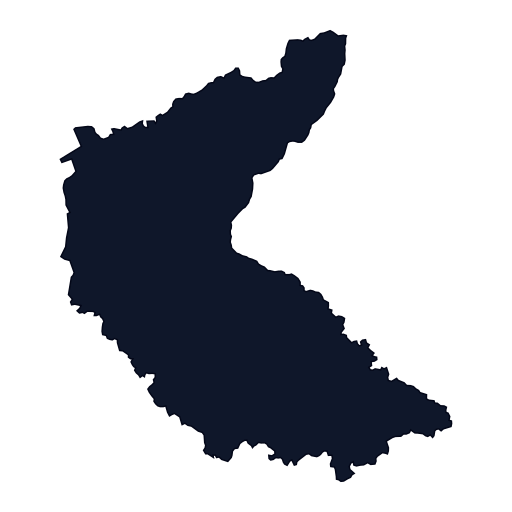 Laguna Carapã, Mato Grosso do Sul, Brazil (Mercator projection)
{"feature_id": "56859067B87570138131055", "entity_name": "Laguna Carapã", "entity_type": "district", "adm_level": 2, "iso_a3": "BRA", "parent_name": "Brazil", "parent_adm1": "Mato Grosso do Sul", "projection": "mercator", "projection_center": [-55.09, -22.652], "detail": "fine", "context": "isolated", "style": "filled", "palette": "ink", "viewbox_px": 512, "rotation_deg": 0, "n_neighbors": 0, "source": "geoboundaries", "source_scale": "gbopen_adm2", "svg_char_len": 6000}
<svg xmlns="http://www.w3.org/2000/svg" viewBox="0 0 512 512"><path d="M451.6,423.6L451.4,421.0L449.0,420.3L449.7,416.5L448.0,413.1L446.0,412.5L445.7,410.2L446.4,407.2L444.2,406.0L440.4,405.8L437.4,403.3L434.7,403.1L434.0,400.8L428.7,400.2L426.4,398.8L426.5,394.7L419.9,392.6L418.6,390.5L415.8,388.9L413.4,386.6L410.6,385.7L406.6,385.5L404.1,382.8L398.2,380.4L396.6,378.4L391.6,381.4L388.3,380.5L387.6,377.4L388.6,374.2L386.5,367.7L384.0,368.9L381.8,367.6L380.7,369.9L375.1,368.9L372.8,370.2L370.3,369.9L368.8,367.3L371.5,365.6L371.1,361.6L374.3,361.1L376.8,359.6L376.6,357.2L374.6,356.8L372.0,355.6L373.9,353.1L370.5,350.5L367.7,347.8L369.3,344.8L366.4,342.9L365.5,339.7L362.5,340.2L360.6,342.0L361.6,345.0L359.2,345.9L357.3,343.7L356.6,341.1L354.0,341.5L351.6,342.8L346.5,337.6L346.3,335.4L343.4,334.3L341.0,334.5L341.1,332.3L344.1,328.5L342.6,324.6L343.9,322.2L344.5,318.4L341.7,316.7L338.5,316.1L335.8,317.3L331.3,313.2L331.8,310.1L328.0,308.9L328.4,305.9L328.3,302.6L323.3,299.9L322.4,297.2L320.8,294.4L318.6,292.5L315.3,292.1L313.0,291.0L310.3,290.4L306.0,291.7L304.0,290.6L304.0,287.9L302.6,285.9L300.1,285.4L300.1,282.1L297.9,278.5L294.3,275.8L291.5,274.1L289.4,274.7L285.1,274.7L284.3,272.6L281.5,271.2L278.4,271.3L274.8,271.9L269.8,270.7L267.7,270.6L264.3,267.1L261.2,265.8L258.4,264.1L256.7,261.3L251.8,259.2L248.5,258.3L246.6,256.9L242.3,255.8L239.1,254.0L236.5,253.2L231.6,248.1L231.2,245.2L230.2,242.2L230.5,239.6L231.3,236.5L230.4,234.4L230.2,230.7L231.2,228.1L231.4,225.3L230.7,222.0L237.9,213.4L242.6,208.6L245.0,207.2L248.5,202.6L249.5,199.2L251.1,196.5L252.5,189.0L252.8,183.1L251.8,177.8L253.7,174.9L258.5,173.2L261.0,173.6L270.1,170.4L272.5,168.4L278.2,161.7L279.3,159.1L282.0,158.5L284.3,153.8L287.4,142.8L289.5,141.5L292.3,141.0L294.5,141.1L298.0,142.2L301.7,142.2L304.4,140.2L307.8,135.0L308.8,132.6L309.3,129.8L310.6,127.8L311.2,124.5L316.9,120.4L323.3,114.1L324.5,111.1L326.2,107.7L330.5,102.4L333.6,97.0L334.6,93.9L333.5,90.8L333.3,88.6L334.8,86.5L337.2,81.7L337.5,79.4L338.4,77.4L340.6,74.0L342.0,66.4L344.2,64.2L345.0,60.2L344.7,53.6L345.0,50.1L344.6,46.0L345.5,43.8L345.6,38.1L346.4,35.8L343.4,35.3L338.1,36.0L333.1,32.3L330.1,30.7L324.2,33.0L320.3,33.6L314.8,39.2L311.7,40.4L309.5,40.1L307.9,37.7L304.7,39.4L302.8,41.2L300.9,40.3L297.7,39.9L289.5,40.4L288.0,43.4L286.4,48.7L285.9,53.2L284.9,56.4L282.7,57.9L281.3,59.5L281.1,61.9L281.5,66.3L282.9,68.8L282.2,72.4L279.8,73.1L276.7,75.4L274.2,78.0L271.0,77.8L268.7,78.3L266.0,80.6L262.8,80.9L258.9,82.4L255.6,82.3L252.8,80.2L251.0,78.0L244.9,77.2L242.2,76.5L239.8,74.9L239.5,70.8L238.2,68.2L235.7,68.2L234.0,70.6L231.2,72.4L225.5,75.1L224.0,78.2L220.8,76.7L217.3,77.4L215.1,79.3L213.5,82.7L211.1,82.8L208.5,83.5L206.8,85.7L202.1,90.1L196.6,93.3L193.7,94.4L191.5,94.1L188.7,93.3L185.6,94.1L184.4,96.4L182.5,98.7L179.0,98.6L175.9,99.1L173.7,101.6L172.8,104.2L172.9,106.9L171.0,108.0L167.6,112.3L162.5,115.5L160.3,114.2L158.3,115.5L156.2,117.2L156.8,121.1L155.6,123.4L154.0,121.0L147.0,121.3L148.0,127.5L144.9,127.4L143.2,125.8L142.2,123.5L142.5,121.0L139.7,122.0L132.3,127.2L127.4,128.7L124.5,126.5L122.2,128.0L121.0,130.1L114.0,128.7L111.8,129.1L113.0,131.6L113.7,134.4L110.4,134.6L108.7,137.4L103.6,139.3L100.4,138.2L98.4,135.5L96.4,134.2L94.9,132.4L93.9,128.7L91.6,126.8L87.9,126.5L75.5,127.9L74.0,129.3L81.4,146.4L60.4,159.3L61.9,162.4L71.7,158.9L76.0,171.4L72.1,175.8L69.7,177.5L66.8,178.9L64.9,180.8L63.7,184.9L63.3,188.0L64.1,192.4L65.3,195.9L66.0,199.5L66.1,205.0L70.0,212.5L67.4,213.9L68.6,227.7L66.6,237.8L65.7,246.8L60.9,256.6L64.7,259.1L69.9,260.5L74.2,272.6L73.1,275.4L71.4,277.2L68.5,294.7L72.4,299.2L70.6,302.0L71.6,304.8L74.8,304.2L81.0,305.5L79.8,308.3L77.1,310.8L79.5,313.0L82.6,312.3L84.4,313.3L87.2,311.2L93.2,311.4L95.1,312.5L94.3,315.5L96.4,315.5L99.6,314.2L100.8,316.9L102.6,318.5L104.0,321.5L103.0,323.4L102.4,327.1L102.1,331.4L102.7,334.6L106.3,335.4L107.4,338.3L109.7,339.3L112.3,339.8L114.5,338.5L117.4,339.7L117.5,342.8L119.7,350.5L122.8,350.8L128.5,354.8L128.5,357.2L130.5,358.7L132.9,358.8L131.1,361.9L132.4,364.6L133.8,366.6L135.7,367.7L134.7,370.3L136.3,372.8L138.7,374.9L140.1,377.3L142.5,375.5L144.4,376.7L144.8,374.6L146.3,372.7L148.9,373.5L152.2,373.3L155.2,373.7L155.3,377.4L153.5,379.7L154.2,382.6L152.0,384.9L149.7,386.7L147.9,389.1L149.4,392.3L152.1,396.1L154.4,398.8L154.0,401.3L155.7,403.8L157.8,405.8L160.2,406.6L163.2,406.6L165.8,405.9L167.6,412.2L169.5,415.9L171.8,414.5L174.5,413.4L179.8,416.9L182.1,424.6L184.9,423.2L187.9,425.3L191.5,426.1L198.3,431.1L202.3,432.4L204.2,435.1L204.7,442.6L205.7,445.4L205.1,448.1L203.6,450.3L205.7,453.8L207.7,453.7L213.4,457.4L213.0,455.0L215.4,455.2L216.6,457.5L219.1,457.0L221.7,459.4L227.8,461.4L231.2,457.5L231.9,455.3L232.4,451.2L234.5,448.5L237.7,448.1L239.8,443.5L242.4,441.5L244.7,440.3L246.9,440.2L248.2,443.1L251.5,445.6L252.5,447.6L253.8,446.0L255.9,444.9L258.4,442.4L261.2,442.9L264.8,442.8L266.9,444.1L268.5,446.7L270.7,447.7L274.8,451.0L275.0,454.0L271.9,455.9L268.8,455.3L269.1,458.6L270.7,460.0L273.2,459.4L275.7,457.6L278.5,457.9L280.6,457.5L282.5,459.2L283.4,462.1L284.6,464.0L287.1,465.3L289.7,461.1L291.8,459.9L294.3,465.1L296.3,464.5L296.8,461.8L298.4,460.2L306.1,454.2L309.1,453.7L311.6,455.6L316.8,456.6L318.8,455.7L320.5,454.4L322.4,452.0L324.3,450.9L327.1,451.2L328.4,455.3L331.9,455.2L332.5,458.5L330.5,463.9L330.8,466.5L334.4,467.0L335.4,469.4L336.4,476.6L336.5,479.2L338.7,479.7L340.9,481.3L343.7,481.0L347.5,478.7L350.5,477.3L351.9,474.8L354.2,473.4L349.9,469.6L349.2,466.5L350.8,463.1L353.2,461.7L353.9,465.1L356.5,465.9L360.1,465.1L363.7,464.8L367.7,462.6L370.7,464.4L374.9,464.0L376.0,461.1L375.7,458.5L377.2,456.3L382.4,452.6L385.5,453.2L387.4,453.9L388.3,451.0L388.4,447.7L386.2,441.2L392.5,437.4L395.4,436.4L400.9,436.2L403.4,434.0L406.2,434.0L409.3,432.7L410.7,429.9L414.9,432.9L417.8,433.0L423.0,433.7L425.6,435.7L427.7,436.4L430.3,434.9L432.6,437.4L433.9,435.7L434.7,430.8L436.2,429.4L438.6,428.8L441.1,430.8L443.4,428.8L451.0,426.5L451.6,423.6Z" fill="#0f172a" stroke="#020617" stroke-width="1.5"/></svg>